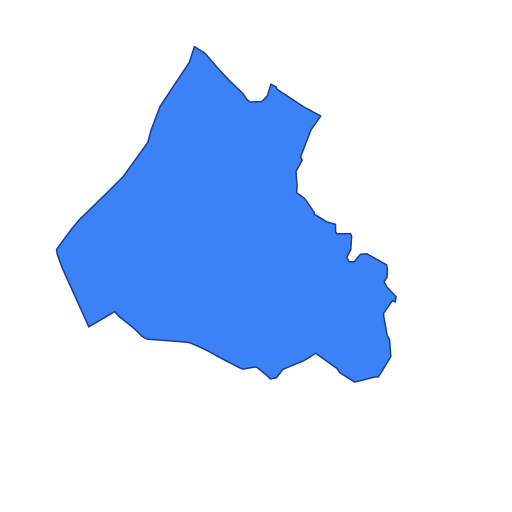 the district of Belbédji, Zinder, Niger, rotated 304°
{"feature_id": "23599985B37162587774633", "entity_name": "Belbédji", "entity_type": "district", "adm_level": 2, "iso_a3": "NER", "parent_name": "Niger", "parent_adm1": "Zinder", "projection": "orthographic", "projection_center": [7.925, 15.006], "detail": "fine", "context": "isolated", "style": "filled", "palette": "blue", "viewbox_px": 512, "rotation_deg": 304, "n_neighbors": 0, "source": "geoboundaries", "source_scale": "gbopen_adm2", "svg_char_len": 1230}
<svg xmlns="http://www.w3.org/2000/svg" viewBox="0 0 512 512"><g transform="rotate(304 256 256)"><path d="M224.1,425.0L230.8,424.9L248.0,424.0L261.2,413.6L263.6,409.0L277.7,395.4L279.8,393.8L295.2,394.1L295.9,397.2L300.5,394.9L303.6,381.7L306.5,376.5L311.7,376.5L317.7,372.9L321.7,369.3L319.8,346.7L315.8,341.6L306.1,340.7L303.4,336.5L305.5,332.0L314.1,331.1L325.9,324.2L327.4,321.8L319.5,310.5L320.7,308.4L326.7,304.2L323.9,295.6L323.3,281.0L324.9,279.5L330.9,264.1L331.1,254.3L337.0,250.9L348.6,241.8L361.4,240.7L363.2,237.5L391.6,231.0L408.2,231.4L406.3,212.3L406.0,180.2L407.5,178.1L406.7,172.3L395.5,175.8L387.4,174.5L380.4,165.1L380.6,161.3L383.5,153.9L386.2,137.7L390.2,119.9L395.6,100.3L395.1,87.9L379.2,92.4L326.5,92.8L301.7,98.6L289.6,102.8L247.5,101.5L223.0,96.7L187.6,89.3L175.6,88.0L149.8,87.0L146.1,90.5L137.7,102.1L103.8,157.0L130.9,170.0L129.3,176.2L127.8,195.3L125.6,206.9L126.3,212.4L143.6,242.8L146.9,249.0L149.0,259.8L150.4,269.2L151.8,285.0L154.1,304.5L154.8,308.3L163.4,317.2L164.2,319.3L163.0,332.1L162.2,336.8L166.5,341.0L177.0,341.7L186.4,347.8L195.3,353.8L200.3,356.3L208.7,359.8L208.0,386.1L206.1,390.8L206.7,408.4L222.3,422.3L224.1,425.0Z" fill="#3b82f6" stroke="#1e3a8a" stroke-width="1.5"/></g></svg>